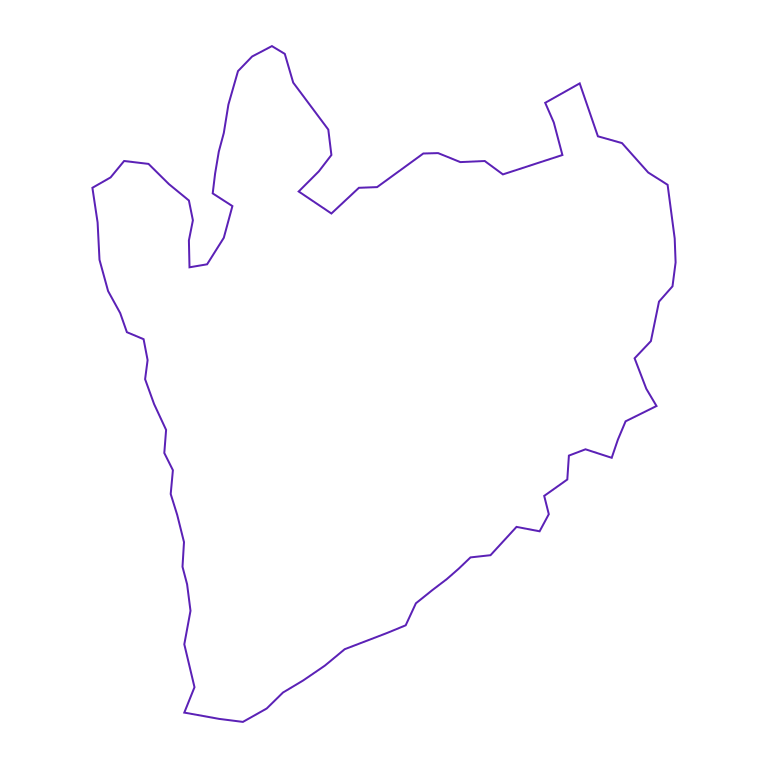 outline of São Pedro das Missões, Rio Grande do Sul, Brazil
{"feature_id": "56859067B26202031043792", "entity_name": "São Pedro das Missões", "entity_type": "district", "adm_level": 2, "iso_a3": "BRA", "parent_name": "Brazil", "parent_adm1": "Rio Grande do Sul", "projection": "natural_earth1", "projection_center": [-53.242, -27.782], "detail": "fine", "context": "isolated", "style": "outline", "palette": "violet", "viewbox_px": 768, "rotation_deg": 0, "n_neighbors": 0, "source": "geoboundaries", "source_scale": "gbopen_adm2", "svg_char_len": 1281}
<svg xmlns="http://www.w3.org/2000/svg" viewBox="0 0 768 768"><path d="M97.6,222.5L99.5,259.8L108.1,291.1L120.2,313.1L126.9,332.2L143.6,339.2L147.6,360.1L145.1,379.2L154.1,404.1L166.1,429.9L164.3,453.0L172.9,470.2L170.7,494.0L177.2,514.9L184.0,542.1L182.5,566.8L187.1,584.3L190.5,610.8L184.3,644.3L194.5,687.2L184.3,712.6L219.2,718.9L242.9,721.9L266.7,708.5L283.0,692.5L303.1,680.5L324.9,665.6L344.7,649.2L387.5,632.8L405.7,625.3L415.9,603.3L432.6,589.9L446.8,579.1L458.8,568.6L470.5,557.4L490.5,555.2L516.5,526.9L539.6,531.3L548.8,514.2L544.2,495.9L567.3,479.5L568.9,455.6L585.5,449.3L611.7,457.8L617.9,439.6L625.6,421.3L656.5,406.0L646.3,388.8L634.6,358.3L650.9,341.1L659.0,301.6L672.5,286.3L675.6,262.4L674.7,238.5L667.6,184.8L648.2,172.5L622.0,143.1L597.9,136.3L579.7,83.4L545.2,102.8L553.8,122.5L562.4,155.0L502.9,174.4L484.7,161.0L460.3,162.1L438.1,153.1L423.3,153.5L377.1,187.1L358.9,187.8L331.4,213.5L298.7,191.5L318.8,171.4L331.4,155.0L328.3,129.6L293.2,82.6L284.8,53.9L271.9,46.1L252.1,56.5L238.0,71.1L228.4,104.6L223.8,133.0L218.8,151.6L215.1,173.6L212.7,193.4L232.4,206.1L223.8,237.8L207.1,264.3L189.5,267.3L188.9,240.4L192.9,220.3L188.9,200.5L168.9,184.1L148.5,163.9L124.1,161.0L110.6,177.4L92.4,187.8L97.6,222.5Z" fill="none" stroke="#5b21b6" stroke-width="2"/></svg>